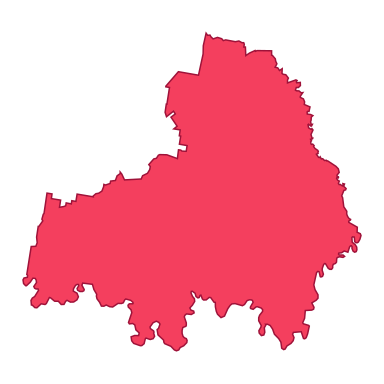 outline of Albury, New South Wales, Australia
{"feature_id": "25037944B24790092852260", "entity_name": "Albury", "entity_type": "district", "adm_level": 2, "iso_a3": "AUS", "parent_name": "Australia", "parent_adm1": "New South Wales", "projection": "equal_earth", "projection_center": [146.995, -36.015], "detail": "fine", "context": "isolated", "style": "filled", "palette": "rose", "viewbox_px": 384, "rotation_deg": 0, "n_neighbors": 0, "source": "geoboundaries", "source_scale": "gbopen_adm2", "svg_char_len": 5984}
<svg xmlns="http://www.w3.org/2000/svg" viewBox="0 0 384 384"><path d="M26.8,274.5L27.6,275.2L27.4,277.3L24.0,278.0L23.0,279.9L23.6,283.6L25.6,285.7L26.5,285.7L30.3,282.1L32.9,278.2L35.2,278.4L36.1,279.9L36.5,282.5L33.8,286.5L34.6,288.2L36.1,289.0L38.0,288.9L38.5,290.4L34.7,296.5L32.3,298.1L31.0,300.4L31.4,305.0L32.4,305.2L34.8,307.6L36.9,307.8L41.2,303.8L45.0,304.5L46.3,303.6L49.4,297.5L50.4,297.7L54.6,301.2L58.4,301.3L61.2,304.5L64.0,304.4L65.6,301.4L67.0,300.3L70.4,302.1L73.7,302.0L77.0,299.8L78.4,296.8L77.0,293.2L73.3,291.1L73.5,288.8L75.5,285.4L77.1,284.4L78.5,284.5L78.7,285.8L77.1,288.5L77.6,290.2L79.8,291.5L82.5,291.5L83.9,290.7L84.2,289.5L81.9,285.2L82.7,283.1L92.4,284.3L93.9,289.5L96.7,294.3L96.4,296.2L97.0,298.8L99.6,302.3L101.4,306.1L103.9,306.2L106.2,305.0L109.7,306.7L112.7,307.0L118.0,303.4L121.4,303.5L123.3,302.8L124.7,299.9L125.8,299.0L130.6,300.3L132.7,302.0L133.1,303.2L132.8,303.8L129.3,303.8L128.0,305.2L128.3,307.1L131.0,309.7L131.8,312.6L128.5,322.5L129.4,323.9L132.7,323.5L134.8,324.9L135.9,329.9L139.2,332.9L138.6,335.6L134.7,335.5L131.1,336.8L131.7,340.8L133.7,343.4L140.3,345.7L141.8,345.6L144.1,343.7L145.3,338.8L146.0,338.1L150.2,339.5L153.1,338.7L154.6,336.3L153.7,333.2L154.0,332.1L153.6,330.9L150.4,328.6L150.0,327.0L153.1,322.7L156.3,321.2L158.8,322.4L160.0,324.1L158.5,328.4L157.1,329.6L158.0,334.9L163.5,340.0L164.0,342.6L164.8,343.7L170.9,346.3L174.3,349.9L176.4,350.8L178.7,350.0L180.2,347.5L183.7,345.8L186.8,342.6L187.1,340.4L186.3,338.6L184.4,337.8L183.0,336.3L182.1,333.3L182.1,330.5L182.8,327.5L185.9,326.3L186.3,325.3L186.3,322.8L184.3,316.9L184.8,315.4L186.5,313.9L191.3,314.5L194.1,312.9L193.7,311.1L191.0,310.1L189.8,308.0L192.4,305.2L194.7,301.4L194.4,298.7L192.5,296.4L191.0,292.9L191.3,291.4L192.4,291.3L195.1,293.3L196.0,296.5L197.9,297.9L199.2,297.5L200.0,295.4L200.9,295.1L202.4,299.0L203.6,300.0L206.2,299.9L209.2,297.4L210.7,297.6L214.0,302.2L215.3,302.4L215.4,306.9L216.3,311.3L217.5,314.2L221.0,317.6L224.5,316.1L227.8,308.7L230.1,305.4L231.9,303.9L235.1,303.6L242.4,305.7L244.5,304.5L247.1,300.6L249.4,299.8L251.3,299.9L252.4,300.4L253.1,302.3L250.5,306.8L250.3,307.9L250.8,308.6L253.2,309.3L256.1,306.9L257.3,306.7L261.1,308.0L262.6,309.6L262.6,311.4L259.6,315.2L258.7,317.7L258.7,320.8L261.2,325.5L260.9,327.1L258.9,330.7L259.2,333.1L261.4,335.6L263.8,335.0L264.8,332.3L264.3,327.8L266.1,324.6L265.8,324.3L267.4,324.2L270.2,325.5L272.6,329.1L274.4,334.2L278.7,338.6L280.9,342.2L281.7,348.2L283.7,349.6L285.1,349.1L287.0,345.9L291.0,343.4L293.2,340.7L294.0,337.6L292.6,334.2L293.4,332.4L301.2,331.7L303.5,338.5L304.7,338.8L306.2,337.7L307.6,333.9L309.3,326.1L308.7,325.4L303.4,323.8L302.7,322.8L304.6,318.3L305.3,310.5L311.8,310.1L313.6,309.2L314.0,307.3L311.8,302.9L316.1,300.3L318.0,298.2L318.0,294.8L315.0,289.6L313.8,284.9L316.6,272.5L317.8,271.4L319.1,271.7L320.2,276.6L320.9,277.0L322.5,276.4L323.4,274.2L322.2,270.2L322.3,268.3L323.7,264.4L324.8,263.5L325.5,263.7L328.2,268.3L329.7,269.3L331.6,269.3L332.7,267.8L332.7,265.8L333.3,264.3L335.5,263.4L336.5,262.1L336.7,258.6L337.3,257.5L339.5,256.8L343.0,257.4L344.6,256.4L343.1,255.0L339.2,255.0L338.5,254.1L338.8,253.1L341.6,252.8L344.2,251.0L347.9,252.2L349.6,246.9L350.5,245.9L351.4,245.8L352.0,246.5L352.0,248.6L353.2,251.3L354.7,252.2L356.2,251.6L356.9,249.8L356.7,247.1L355.3,244.8L352.2,242.2L351.9,237.5L352.4,236.9L354.3,237.1L354.7,241.6L355.6,242.6L357.1,242.8L358.3,242.1L359.9,239.3L361.0,235.5L360.3,233.7L357.1,232.2L357.3,227.2L348.8,222.4L348.7,221.2L350.4,220.1L350.6,219.4L349.1,218.6L347.7,216.6L346.7,214.1L346.8,211.3L343.8,206.8L342.6,197.6L341.7,195.9L343.9,190.4L345.6,189.9L346.1,188.6L343.7,186.3L344.5,184.0L342.9,183.6L343.1,185.1L342.3,185.9L340.2,184.4L339.2,184.6L338.4,183.4L339.3,181.1L337.7,180.2L336.6,178.4L336.9,177.6L338.3,177.9L338.5,177.4L338.4,176.8L337.2,176.7L337.0,175.2L339.2,172.4L338.3,168.8L335.9,166.3L327.7,160.9L326.7,160.9L326.4,160.3L324.5,160.5L322.7,158.7L321.3,158.9L320.2,156.8L319.7,157.5L318.6,157.4L316.4,154.2L318.1,153.4L317.9,152.1L318.3,151.5L317.8,150.4L314.9,148.4L313.6,146.5L314.1,145.6L312.7,144.1L311.5,144.4L310.9,143.8L310.7,141.7L311.5,140.8L310.6,139.3L312.5,138.8L312.8,138.1L312.0,138.0L311.0,134.5L313.0,130.0L311.9,128.6L311.2,129.4L308.6,127.8L308.0,124.7L308.5,124.2L311.1,126.2L311.6,125.9L312.4,124.3L311.1,124.3L310.6,121.6L311.1,120.3L311.3,117.1L312.9,115.6L310.6,114.5L307.3,114.1L307.1,112.0L307.6,111.4L309.0,111.5L310.0,106.9L304.3,104.5L304.6,101.8L303.4,98.9L300.3,97.4L300.3,96.3L302.8,92.6L301.2,92.8L299.0,90.9L296.5,90.8L295.4,90.1L296.3,87.5L298.4,87.5L300.4,85.6L300.3,82.4L296.7,82.8L296.3,81.8L297.1,80.5L295.9,79.9L287.5,82.9L287.5,80.0L288.4,78.1L285.8,74.7L283.2,74.3L282.0,73.4L282.2,68.7L279.5,70.5L277.8,67.9L275.1,67.2L276.9,63.8L275.7,61.2L275.3,58.8L272.4,55.4L271.6,55.2L271.6,50.8L257.1,50.6L255.4,51.3L255.1,50.5L249.6,53.0L245.8,55.6L245.4,47.0L243.8,47.0L244.3,44.3L243.7,42.7L242.0,42.7L238.9,41.0L235.4,41.7L225.7,39.9L223.3,40.6L221.7,38.7L217.5,37.4L213.1,38.9L210.8,36.6L210.0,35.1L207.6,35.3L206.1,33.2L203.3,45.7L203.1,54.0L198.5,75.2L178.4,71.7L165.9,86.1L165.8,86.8L169.5,87.5L166.9,104.2L166.3,104.1L165.1,112.3L166.5,116.7L173.5,111.2L175.3,113.9L171.0,117.2L177.1,126.2L173.8,128.9L180.2,129.9L179.3,135.8L180.7,136.1L179.4,144.2L187.1,145.6L186.2,151.3L182.0,151.1L180.8,150.1L178.5,149.8L177.4,158.6L166.9,154.8L159.8,154.6L158.4,155.2L156.4,158.3L153.8,158.9L148.8,164.6L150.3,166.6L149.7,169.6L147.5,173.3L142.6,175.7L141.2,179.0L124.5,179.9L121.8,174.1L120.2,172.1L120.2,173.6L117.1,175.8L115.4,180.5L110.6,181.1L110.1,183.5L105.5,185.0L103.9,184.4L103.6,186.8L101.9,191.1L98.7,193.2L95.9,193.7L93.0,196.2L93.2,196.8L77.1,194.1L75.9,201.4L71.8,200.7L71.3,203.9L66.2,202.9L65.7,205.8L63.9,206.5L59.5,207.3L60.6,200.1L51.4,198.6L52.0,193.9L47.0,193.1L44.0,213.6L43.3,214.2L41.9,219.2L42.8,220.9L38.7,226.6L38.2,226.5L36.6,237.1L37.2,242.8L35.8,246.3L31.2,246.5L26.8,274.5Z" fill="#f43f5e" stroke="#9f1239" stroke-width="1.5"/></svg>